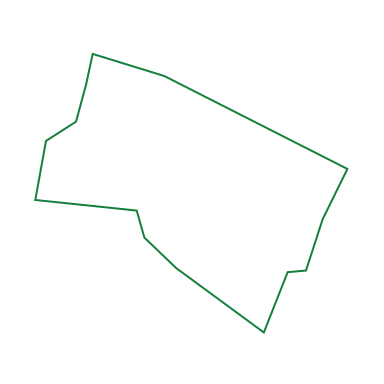 the border of Saint Thomas Middle Island, rotated 175°
{"feature_id": "KNA-5111", "entity_name": "Saint Thomas Middle Island", "entity_type": "Parish", "adm_level": 1, "iso_a3": "KNA", "parent_name": "Saint Kitts and Nevis", "parent_adm1": "", "projection": "orthographic", "projection_center": [-62.788, 17.332], "detail": "fine", "context": "isolated", "style": "outline", "palette": "green", "viewbox_px": 384, "rotation_deg": 175, "n_neighbors": 0, "source": "natural_earth", "source_scale": "10m", "svg_char_len": 342}
<svg xmlns="http://www.w3.org/2000/svg" viewBox="0 0 384 384"><g transform="rotate(175 192 192)"><path d="M278.9,338.2L209.4,309.9L35.2,201.4L64.2,153.5L85.3,103.8L103.7,103.8L132.7,45.8L214.4,117.6L243.4,150.7L248.7,178.3L348.8,197.7L333.0,255.6L301.4,272.2L288.2,308.1L278.9,338.2Z" fill="none" stroke="#15803d" stroke-width="2"/></g></svg>